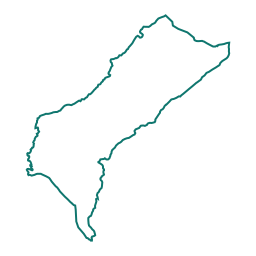 Golakonneh, Grand Cape Mount, Liberia
{"feature_id": "62588387B70898832426748", "entity_name": "Golakonneh", "entity_type": "district", "adm_level": 2, "iso_a3": "LBR", "parent_name": "Liberia", "parent_adm1": "Grand Cape Mount", "projection": "natural_earth1", "projection_center": [-10.924, 7.106], "detail": "fine", "context": "isolated", "style": "outline", "palette": "teal", "viewbox_px": 256, "rotation_deg": 0, "n_neighbors": 0, "source": "geoboundaries", "source_scale": "gbopen_adm2", "svg_char_len": 5535}
<svg xmlns="http://www.w3.org/2000/svg" viewBox="0 0 256 256"><path d="M91.9,240.6L92.0,239.7L91.6,237.5L92.1,236.6L93.2,236.3L94.5,235.8L95.2,235.2L94.8,233.4L94.5,232.5L94.3,231.6L94.1,231.2L93.5,230.4L92.7,229.7L92.3,229.4L90.9,227.5L89.7,226.4L89.0,225.5L89.0,225.3L88.6,223.8L88.4,221.4L88.3,220.0L88.3,218.6L88.3,218.0L89.7,216.4L90.9,215.9L91.5,214.6L92.1,212.4L93.0,210.9L93.1,210.7L93.2,209.4L93.9,208.6L95.2,207.8L95.0,206.0L95.2,205.2L95.5,204.3L95.6,203.9L96.1,202.5L96.4,201.2L96.2,200.0L96.1,199.1L97.0,198.6L97.7,198.3L97.8,198.4L97.6,197.1L96.9,195.2L97.6,193.0L98.7,192.1L99.5,190.4L99.8,189.8L100.3,189.1L101.5,188.1L101.9,186.6L102.3,182.2L101.7,180.9L100.8,180.1L100.5,179.4L100.4,179.2L100.5,178.2L101.4,177.3L101.5,176.8L101.6,176.5L102.9,175.5L103.8,174.9L104.0,174.3L103.7,173.7L103.4,172.7L103.4,171.6L103.8,170.0L104.0,170.0L104.0,169.4L103.5,168.8L103.0,168.1L103.0,166.5L102.7,165.5L102.0,164.7L100.1,163.4L98.4,162.4L98.4,161.9L99.3,161.5L99.9,160.5L100.4,159.4L101.9,159.2L102.5,159.1L103.9,159.0L104.8,158.3L106.3,159.4L107.3,159.5L108.2,159.4L109.4,158.3L110.4,155.7L110.5,154.7L111.4,153.3L111.6,151.6L112.2,150.1L112.3,150.1L113.1,149.2L114.9,147.6L116.1,145.5L116.3,145.3L117.2,144.5L118.5,143.3L119.2,143.0L119.9,142.7L120.9,142.0L121.0,141.9L121.3,141.7L122.7,140.1L124.8,139.0L125.1,138.9L125.6,138.7L127.1,138.2L128.9,137.9L130.3,137.0L130.9,136.6L133.1,135.1L134.6,134.5L135.1,133.4L135.3,133.1L134.7,131.8L134.5,131.0L135.6,129.4L138.5,128.2L139.2,127.9L140.0,126.8L140.1,126.7L140.7,125.8L142.2,125.5L143.7,125.5L144.9,125.9L146.9,124.9L146.9,124.7L147.9,123.5L148.2,123.3L149.9,122.8L151.3,123.0L153.0,122.7L154.1,122.3L154.7,122.2L154.8,121.9L155.3,121.0L155.4,119.4L157.1,116.9L158.9,114.2L159.5,113.4L160.0,112.7L160.0,111.8L160.5,110.9L161.0,110.1L162.7,109.2L163.8,107.8L164.5,106.2L165.8,104.8L166.0,104.9L166.9,104.1L167.5,103.5L169.4,101.6L171.3,99.5L172.3,99.2L173.5,99.0L174.6,98.6L176.2,97.9L176.5,97.8L177.5,97.1L179.0,96.3L180.3,96.5L181.2,95.4L182.9,94.1L187.7,90.1L188.5,89.4L192.4,86.2L196.5,82.7L197.1,82.4L198.7,81.2L200.9,79.6L202.1,77.2L204.5,75.5L205.3,74.5L206.4,73.0L206.7,72.8L209.0,71.8L212.4,69.5L215.8,67.5L218.2,65.9L218.5,65.8L219.6,64.9L220.3,63.0L221.9,61.4L222.5,60.9L224.7,59.5L226.6,58.3L227.3,57.5L227.7,57.1L227.8,56.9L228.7,55.2L229.2,53.3L228.9,51.5L229.0,48.9L228.7,47.2L228.9,45.3L229.2,42.7L227.6,42.9L226.0,43.3L224.1,44.0L221.3,44.5L220.2,44.6L218.9,44.8L218.0,45.5L218.0,45.2L217.7,45.3L215.4,46.5L213.1,46.5L212.6,46.3L210.1,45.0L206.9,43.3L204.1,41.6L203.1,41.3L202.1,40.9L199.2,41.1L197.5,41.1L196.4,41.0L194.6,40.2L193.8,38.1L193.8,37.6L187.4,32.4L178.3,28.9L172.9,25.6L172.3,21.8L165.8,15.6L165.6,15.4L164.0,16.4L161.9,17.1L158.4,18.5L157.3,19.7L156.3,20.8L155.2,22.6L154.0,23.4L152.0,24.3L150.3,25.9L148.7,26.9L147.1,26.8L145.5,26.8L143.6,26.7L142.5,28.2L142.1,29.1L141.0,29.7L140.0,31.5L140.2,32.6L142.1,33.9L142.8,34.7L142.7,35.7L141.9,37.0L140.8,37.6L139.9,37.6L138.9,36.5L137.7,35.8L136.2,36.8L134.2,39.9L132.3,43.3L130.5,45.4L129.6,46.4L128.8,47.2L127.9,49.1L126.9,49.5L126.3,50.5L125.5,51.8L124.4,52.9L122.9,53.5L121.3,55.4L119.4,55.3L118.5,56.8L117.7,57.6L116.4,58.2L115.7,58.1L114.9,58.5L114.7,58.6L113.4,59.1L112.2,59.1L110.9,59.5L110.5,60.7L110.8,62.0L111.8,63.0L112.0,64.4L112.5,65.7L111.4,66.8L110.6,68.7L110.5,68.9L109.7,71.0L108.7,72.4L108.5,73.6L108.8,74.2L109.7,74.7L110.2,75.1L109.9,76.0L109.1,76.5L107.0,77.2L105.4,77.8L105.0,78.3L104.4,79.5L103.5,79.7L102.9,80.3L102.8,81.3L101.3,82.5L100.3,84.2L99.4,84.5L98.7,84.7L98.4,84.7L98.0,85.4L97.8,86.7L97.2,87.1L96.1,87.9L95.4,88.9L94.4,89.7L93.1,91.3L91.4,93.2L90.2,94.2L89.0,94.2L88.0,95.5L87.0,97.2L85.6,97.9L84.1,99.4L82.5,99.2L81.6,99.3L81.0,100.6L80.4,101.2L79.3,100.6L78.9,100.7L76.6,102.2L74.4,103.7L72.5,104.5L71.6,105.1L70.5,105.0L69.1,104.7L67.1,104.8L65.1,105.5L63.6,106.6L63.0,107.4L61.4,109.1L60.4,110.5L59.3,110.8L58.1,111.5L57.0,112.0L55.6,112.0L53.3,112.3L51.7,113.0L48.7,113.8L47.2,113.9L45.9,113.8L44.3,114.5L41.2,115.5L39.8,116.2L39.2,117.6L37.5,118.4L37.7,119.6L37.0,120.7L37.0,122.4L36.2,123.9L35.5,126.6L35.4,128.2L35.8,128.1L36.5,127.8L37.1,127.6L37.8,127.6L38.1,128.2L38.1,129.5L38.1,130.2L38.7,131.0L38.9,131.3L39.1,131.7L38.3,132.5L37.7,133.7L36.9,133.8L37.3,135.1L37.5,135.7L36.8,136.3L35.8,136.8L35.3,137.8L34.8,138.5L34.7,139.6L34.5,140.4L33.9,140.9L33.2,142.4L33.7,143.2L34.0,143.7L33.8,144.1L33.6,144.5L33.7,145.1L33.5,146.7L33.1,147.4L32.1,147.7L31.9,148.5L31.1,149.0L30.6,149.6L31.0,150.6L30.6,151.7L29.8,152.8L29.0,153.3L27.8,153.1L27.3,153.6L27.5,155.3L28.0,155.8L28.8,155.8L29.2,156.3L29.3,157.0L28.9,158.1L28.1,159.2L28.0,160.3L28.2,160.6L28.8,160.8L29.5,160.8L30.1,161.4L30.6,162.1L31.1,163.4L31.5,164.8L30.2,165.2L30.3,165.9L31.1,166.4L31.6,166.6L31.1,167.3L31.2,168.0L31.8,168.6L32.6,169.4L32.5,170.1L32.2,170.3L31.4,170.1L30.6,169.6L28.6,168.9L27.4,169.0L26.8,169.8L27.2,170.6L27.9,171.5L28.5,172.4L28.3,173.2L28.0,174.0L28.1,174.4L28.4,174.9L28.5,174.8L30.1,175.0L31.7,175.6L32.8,175.3L34.4,174.9L36.4,174.0L37.4,173.8L38.3,173.8L39.3,173.8L40.8,173.8L41.4,174.1L42.6,174.7L44.8,175.7L45.9,176.2L46.3,176.4L48.0,177.3L49.2,178.0L50.2,179.3L51.7,181.6L53.8,184.1L55.8,186.4L56.1,186.6L57.2,187.5L58.7,189.5L59.8,191.2L59.9,191.4L64.8,196.6L67.3,198.9L68.5,200.1L70.3,202.0L71.8,203.2L71.8,203.3L73.8,205.1L75.2,205.5L75.7,209.6L76.3,221.5L78.3,227.4L83.8,233.8L86.5,237.9L86.8,238.0L87.7,238.1L88.5,238.9L89.0,239.4L89.5,239.4L90.0,239.8L90.4,240.2L90.8,240.6L91.7,240.6L91.9,240.6Z" fill="none" stroke="#0f766e" stroke-width="2"/></svg>